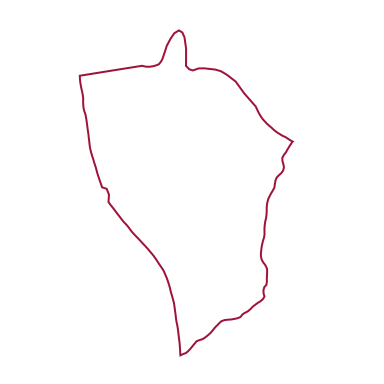 Mayfa'ah, Shabwah, Yemen (Albers equal-area conic projection), rotated 86°
{"feature_id": "15242507B4449600495147", "entity_name": "Mayfa'ah", "entity_type": "district", "adm_level": 2, "iso_a3": "YEM", "parent_name": "Yemen", "parent_adm1": "Shabwah", "projection": "albers", "projection_center": [47.797, 14.413], "detail": "fine", "context": "isolated", "style": "outline", "palette": "rose", "viewbox_px": 384, "rotation_deg": 86, "n_neighbors": 0, "source": "geoboundaries", "source_scale": "gbopen_adm2", "svg_char_len": 3392}
<svg xmlns="http://www.w3.org/2000/svg" viewBox="0 0 384 384"><g transform="rotate(86 192 192)"><path d="M148.7,88.1L147.6,89.8L145.6,92.5L143.7,95.0L142.1,98.0L140.2,100.6L138.3,103.2L136.0,105.8L133.7,107.9L131.4,110.2L129.2,112.4L126.7,114.4L123.9,116.6L121.2,118.2L118.1,119.7L115.0,121.0L111.8,122.2L111.1,122.5L97.3,133.0L84.9,140.7L77.6,148.9L76.2,150.8L73.4,155.0L71.5,160.2L69.5,171.1L69.2,176.9L70.8,182.7L69.3,186.3L65.7,189.2L57.2,188.5L48.4,187.9L37.2,188.7L32.2,190.5L29.9,193.8L32.4,198.6L37.6,202.7L44.3,206.9L53.9,210.8L57.2,212.2L59.9,213.9L62.3,216.2L63.3,219.4L63.9,222.5L64.1,225.9L63.8,229.0L62.9,232.2L62.6,232.9L65.4,264.6L68.2,295.8L71.6,295.9L74.7,295.8L78.0,295.5L81.2,295.1L84.4,294.6L87.6,294.2L91.0,294.0L94.2,294.3L97.5,294.4L100.8,294.3L103.9,293.8L107.0,292.9L110.4,292.5L113.5,292.2L117.0,292.0L120.1,291.8L123.6,291.6L126.9,291.3L130.5,291.2L133.6,291.0L136.8,290.9L140.1,290.7L143.2,290.3L146.3,289.7L149.4,289.0L152.5,288.2L155.9,287.5L159.0,286.7L162.0,286.0L165.4,285.4L168.5,284.7L171.5,283.9L174.6,283.1L177.8,282.2L181.0,281.4L182.9,276.9L188.9,275.0L196.2,276.0L199.0,274.3L201.7,272.4L204.4,270.6L207.1,268.9L209.8,267.1L212.5,265.3L215.1,263.6L217.8,261.6L220.2,259.6L222.7,257.8L225.4,256.1L228.0,254.4L230.6,252.3L233.1,250.2L235.5,248.2L238.0,246.2L240.5,244.2L243.0,242.1L245.6,240.1L248.1,238.3L250.8,236.3L253.4,234.5L256.1,232.9L258.8,231.3L261.6,229.8L264.3,228.2L267.0,226.6L269.9,225.3L272.9,224.3L276.0,223.2L279.2,222.3L282.5,221.5L285.6,220.8L288.8,220.3L291.9,219.7L295.0,219.0L298.1,218.4L301.2,217.8L304.4,217.5L307.6,217.3L310.9,217.1L314.1,216.9L317.2,216.8L320.6,216.5L323.9,216.0L327.1,215.7L330.2,215.5L333.3,215.4L336.7,215.2L339.8,215.0L342.9,214.9L346.2,214.9L349.4,214.9L352.5,215.0L354.1,215.0L353.1,212.3L352.2,209.2L350.3,206.7L349.6,206.0L348.1,204.3L346.3,202.7L346.0,202.4L345.7,202.1L344.4,200.9L343.4,199.9L342.2,198.8L341.1,197.7L340.2,194.5L339.4,191.4L337.7,188.5L335.8,185.8L335.0,184.8L333.9,183.3L331.5,181.0L330.1,179.7L329.0,178.7L327.6,177.2L326.9,176.3L326.2,175.5L324.7,173.9L323.5,172.4L322.8,171.4L322.4,169.7L322.0,168.2L322.0,167.9L321.9,165.0L321.9,161.8L321.6,159.2L321.6,158.7L321.5,158.3L321.1,155.4L320.3,153.1L320.0,152.2L318.3,150.8L317.6,150.1L316.9,148.9L316.1,147.4L315.9,146.8L314.8,144.4L312.9,141.8L310.7,139.5L310.1,138.6L308.9,136.8L307.2,134.1L306.9,133.6L305.8,131.4L303.9,128.8L302.4,127.7L301.3,127.0L299.7,127.3L298.2,127.7L296.8,127.6L295.1,127.6L292.7,126.8L291.9,126.5L289.8,124.2L289.5,124.2L287.7,123.8L286.6,123.5L285.7,123.5L283.5,123.4L280.3,123.0L278.6,122.8L277.0,122.6L274.3,122.5L273.8,122.5L270.2,123.9L267.9,125.4L267.5,125.7L267.3,125.8L264.4,127.2L261.3,127.7L258.2,127.6L256.8,127.3L255.0,127.0L251.8,126.4L249.2,125.7L248.7,125.5L248.3,125.4L245.6,124.6L242.4,123.3L240.2,122.8L239.3,122.6L237.6,122.5L235.9,122.4L232.7,122.2L231.3,121.9L229.6,121.7L228.0,121.3L226.5,121.0L224.7,120.4L223.4,120.0L220.2,119.3L217.0,118.9L213.3,118.6L210.2,118.2L207.1,117.4L204.1,116.3L201.2,114.6L198.4,112.9L197.4,112.1L195.7,111.0L193.8,109.8L193.0,109.4L189.8,108.8L189.2,108.6L186.3,107.9L183.5,106.5L181.4,104.2L180.9,103.5L179.5,101.7L177.0,99.6L174.0,98.6L173.9,98.6L173.4,98.6L170.7,98.9L167.5,99.6L164.2,99.5L161.5,97.8L161.2,97.6L159.1,95.6L156.4,93.9L153.8,92.0L152.8,91.3L151.2,90.1L148.8,88.3L148.7,88.1Z" fill="none" stroke="#9f1239" stroke-width="2"/></g></svg>